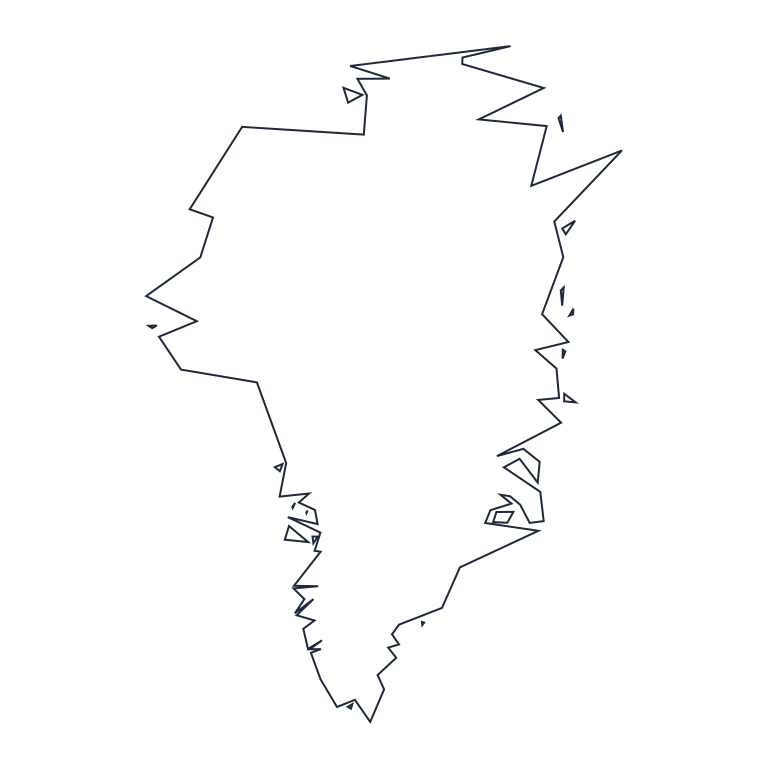 the border of Greenland
{"feature_id": "GRL", "entity_name": "Greenland", "entity_type": "country or territory", "adm_level": 0, "iso_a3": "GRL", "parent_name": "North America", "parent_adm1": "", "projection": "mercator", "projection_center": [-41.68, 71.708], "detail": "medium", "context": "isolated", "style": "outline", "palette": "slate", "viewbox_px": 768, "rotation_deg": 0, "n_neighbors": 0, "source": "natural_earth", "source_scale": "50m", "svg_char_len": 1931}
<svg xmlns="http://www.w3.org/2000/svg" viewBox="0 0 768 768"><path d="M350.2,66.0L510.6,46.1L462.5,57.5L462.2,64.0L543.7,88.0L478.8,119.4L546.7,126.1L531.3,185.8L621.9,150.5L554.3,221.5L563.3,257.2L542.1,314.2L568.4,342.0L535.3,350.1L556.5,368.6L559.1,398.0L538.2,399.9L561.1,422.7L496.9,456.1L523.4,448.8L539.7,461.9L537.7,482.6L519.6,458.8L503.9,467.3L540.3,491.9L543.7,521.1L529.7,522.9L520.1,504.6L509.9,496.2L500.5,494.8L511.5,503.6L490.4,510.2L485.2,523.0L538.4,530.8L459.9,567.4L442.0,607.9L399.1,624.6L392.0,634.3L399.0,644.4L388.2,647.6L396.2,657.8L377.6,675.0L384.1,689.4L370.2,721.9L354.9,699.8L337.0,707.0L320.5,679.2L310.9,652.8L320.9,649.1L309.7,649.3L322.0,640.3L308.0,649.0L303.3,628.8L314.5,620.5L296.6,615.3L313.4,599.1L294.9,613.3L304.4,599.1L293.5,588.4L318.2,586.2L294.0,585.8L320.6,551.7L314.6,550.8L320.4,532.6L287.8,517.1L317.6,524.1L315.0,510.0L298.8,502.5L309.1,493.5L279.6,496.6L286.2,463.1L256.9,382.4L181.0,369.6L159.0,336.7L196.8,321.2L146.1,296.1L200.3,257.4L213.0,217.5L189.7,209.3L242.1,126.9L363.8,134.6L366.9,95.4L357.4,78.8L389.8,78.6L350.2,66.0ZM289.0,526.0L308.2,542.1L284.8,539.7L289.0,526.0ZM513.4,511.9L507.3,522.8L493.2,522.1L496.4,512.0L513.4,511.9ZM362.3,94.9L348.1,102.6L343.5,87.8L362.3,94.9ZM575.1,220.7L565.8,234.3L562.2,228.5L575.1,220.7ZM564.3,393.8L575.7,402.4L564.1,401.3L564.3,393.8ZM565.3,351.4L562.6,358.5L562.8,349.7L565.3,351.4ZM282.6,464.0L279.8,471.2L274.8,467.2L282.6,464.0ZM560.8,115.6L563.0,132.0L558.5,118.1L560.8,115.6ZM317.7,536.6L313.4,543.3L312.5,536.5L317.7,536.6ZM563.7,287.4L562.2,305.7L560.8,290.4L563.7,287.4ZM156.8,325.5L152.2,328.2L148.6,325.8L156.8,325.5ZM295.1,502.9L292.7,508.0L292.3,506.9L295.1,502.9ZM573.1,314.3L569.3,315.6L573.4,308.7L573.1,314.3ZM352.3,704.2L351.0,708.7L347.8,706.8L352.3,704.2ZM307.7,510.6L306.5,513.1L306.3,512.3L307.7,510.6ZM424.1,622.6L422.3,625.1L422.0,622.0L424.1,622.6Z" fill="none" stroke="#1e293b" stroke-width="2"/></svg>